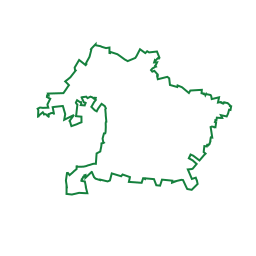 City of Tshwane, Gauteng, South Africa, rotated 198°
{"feature_id": "47623444B80921072750836", "entity_name": "City of Tshwane", "entity_type": "district", "adm_level": 2, "iso_a3": "ZAF", "parent_name": "South Africa", "parent_adm1": "Gauteng", "projection": "mercator", "projection_center": [28.311, -25.594], "detail": "fine", "context": "isolated", "style": "outline", "palette": "green", "viewbox_px": 256, "rotation_deg": 198, "n_neighbors": 0, "source": "geoboundaries", "source_scale": "gbopen_adm2", "svg_char_len": 5247}
<svg xmlns="http://www.w3.org/2000/svg" viewBox="0 0 256 256"><g transform="rotate(198 128 128)"><path d="M37.3,172.7L37.5,176.6L36.1,176.8L36.6,180.5L37.7,180.4L37.7,180.9L41.0,182.5L43.6,182.1L43.9,182.3L44.1,182.2L44.7,182.1L44.8,181.9L44.7,181.7L44.7,181.2L44.7,180.9L44.8,180.8L45.1,180.9L45.2,180.6L47.1,180.8L47.1,181.3L47.7,181.4L50.3,180.0L50.9,185.3L57.3,181.4L58.7,184.0L59.7,184.9L64.1,184.4L64.2,184.5L64.5,183.1L65.0,183.8L66.5,183.6L66.6,184.2L68.8,183.8L69.6,187.1L80.3,182.9L80.9,180.1L89.1,183.4L89.8,183.5L94.0,183.8L93.8,182.2L101.4,181.9L104.2,188.0L106.4,188.8L112.3,185.1L114.7,183.6L115.1,184.3L115.3,184.7L116.3,186.2L116.4,186.5L116.6,187.8L116.2,187.7L116.3,187.9L116.3,188.1L116.6,188.2L120.6,190.5L122.3,189.1L124.0,190.2L123.2,192.1L122.7,192.7L121.9,193.5L121.5,194.2L120.4,195.0L121.4,195.7L121.0,196.5L120.6,199.5L123.4,198.4L123.4,200.8L122.8,200.5L122.1,201.7L121.8,202.5L121.1,203.7L120.1,203.6L119.8,204.5L124.1,209.7L131.3,206.4L133.5,206.9L134.7,204.6L140.9,206.6L142.1,199.2L142.7,196.9L149.0,191.5L149.3,191.6L151.4,192.0L152.1,192.1L157.6,193.9L160.9,194.9L168.0,194.9L168.1,193.7L168.8,193.6L170.5,198.8L173.6,197.2L177.9,197.1L179.5,197.3L184.4,196.7L184.7,197.7L187.4,192.1L187.5,191.6L187.2,191.6L187.1,191.3L186.6,183.8L187.8,177.6L188.0,176.2L187.3,175.9L187.7,174.7L191.7,176.2L195.5,177.6L196.0,175.4L196.1,174.9L197.4,169.0L196.3,166.8L195.5,166.6L198.5,158.4L200.8,154.8L201.3,154.2L202.1,152.9L201.2,152.5L198.7,151.2L197.4,150.5L198.1,148.4L198.9,145.5L200.2,141.2L214.8,136.0L213.5,134.4L215.0,134.0L214.7,132.4L211.0,131.8L211.9,125.6L211.3,124.4L210.1,122.7L215.3,120.8L217.5,120.4L218.1,120.2L219.9,118.4L218.8,117.2L217.1,111.1L216.7,111.4L216.9,111.9L213.9,116.6L213.7,116.4L213.4,116.3L213.0,116.0L212.9,115.9L212.6,115.7L212.3,115.4L212.3,115.2L212.2,115.0L212.1,114.9L211.3,115.5L210.7,115.6L210.4,115.6L209.8,115.5L209.0,115.1L208.4,114.7L208.0,114.6L207.0,114.2L206.9,114.3L207.8,116.7L206.5,117.6L205.9,118.3L203.9,119.2L203.1,118.7L202.9,118.8L204.4,121.5L205.0,122.6L206.1,124.5L204.8,125.2L196.8,128.8L195.5,127.0L194.6,125.6L192.0,121.8L191.2,116.1L183.4,123.7L185.4,117.7L185.8,116.6L185.1,116.2L184.3,115.0L183.1,113.2L182.4,112.3L178.3,115.4L177.8,115.8L176.2,117.3L174.0,119.1L175.7,124.1L175.8,124.4L178.8,123.7L179.2,123.6L181.1,123.2L181.5,125.6L182.1,128.4L182.7,131.3L183.3,134.4L183.4,134.7L184.1,134.9L185.0,135.6L185.4,135.9L185.4,136.2L185.0,138.7L181.4,137.7L180.8,138.1L179.9,136.6L180.0,135.2L177.3,135.8L176.6,136.1L176.2,136.1L176.1,137.6L176.0,138.8L176.5,138.9L178.0,138.8L181.6,142.8L181.4,143.0L180.6,143.4L179.5,143.9L178.2,144.5L177.4,144.9L175.7,143.9L173.4,146.2L171.3,146.1L169.8,145.5L169.6,145.9L169.2,145.9L169.2,146.4L168.0,146.7L168.0,146.4L167.9,145.9L168.0,145.0L167.3,144.7L168.3,142.0L169.2,137.4L169.4,136.8L165.1,134.6L162.9,134.2L162.6,136.3L162.2,137.9L161.5,140.1L160.6,142.8L159.3,142.4L159.2,142.4L156.8,141.6L155.1,139.8L155.4,138.8L155.0,137.9L153.4,134.1L153.1,133.2L151.1,128.6L150.5,127.2L151.3,126.4L151.0,126.5L149.4,122.0L148.1,117.3L148.0,115.9L149.2,115.4L148.9,110.1L147.3,107.1L146.4,106.6L147.2,105.8L148.4,105.3L148.5,105.2L147.9,103.2L147.9,102.9L147.7,102.0L147.2,97.5L147.1,97.3L147.1,97.1L150.0,94.1L147.5,84.0L149.1,83.6L150.3,83.0L152.8,81.2L154.5,80.1L156.1,78.8L157.5,78.0L158.6,77.4L162.0,76.2L162.8,76.0L164.3,75.4L165.3,76.4L164.2,73.1L164.7,72.3L166.1,70.1L166.8,68.7L169.0,65.1L171.3,66.7L172.1,66.3L170.8,58.8L168.0,53.1L168.3,53.1L166.8,48.6L166.1,46.3L160.8,47.4L159.3,48.3L157.6,49.3L154.5,51.2L151.9,51.9L149.2,52.6L146.5,53.4L149.9,58.8L149.8,59.0L152.5,63.8L156.0,63.3L156.1,63.5L155.8,64.2L155.8,64.4L155.8,64.5L156.1,64.6L156.2,64.9L156.2,65.0L156.0,65.3L155.9,65.6L155.8,65.9L155.6,65.9L155.6,66.0L155.6,67.0L155.6,67.3L155.3,67.5L155.2,67.6L155.2,67.8L155.2,68.0L154.9,68.1L154.8,68.3L154.6,68.4L154.6,68.5L154.7,68.8L154.7,69.0L154.9,69.5L153.9,70.2L153.1,67.4L149.0,75.0L148.8,75.0L144.7,70.3L144.8,70.5L144.7,70.6L143.3,69.8L138.5,69.8L138.6,70.3L130.9,70.9L129.0,72.5L129.0,72.9L129.4,79.8L119.6,80.0L118.8,82.1L111.0,81.9L110.9,81.1L110.5,77.0L103.8,78.7L102.8,78.9L102.2,79.1L101.2,79.3L98.1,80.1L98.1,84.9L96.8,85.3L96.8,84.8L95.9,84.7L95.8,85.5L87.5,87.4L83.4,82.3L79.7,83.1L79.7,89.4L69.6,91.6L69.2,89.6L65.4,92.6L65.5,92.6L61.2,95.2L59.6,95.5L54.5,90.0L52.8,88.3L48.3,88.9L44.5,96.3L46.4,99.6L46.8,99.8L48.2,101.7L51.5,99.3L58.3,107.1L54.6,108.7L53.9,109.3L51.6,115.0L56.5,117.2L60.8,118.0L60.5,120.4L60.4,120.4L60.4,121.1L60.3,122.1L57.4,121.8L50.0,119.2L48.0,124.0L47.4,125.5L46.3,127.6L48.6,128.5L49.3,131.9L49.8,134.4L47.4,134.8L47.6,135.9L47.5,136.5L47.3,136.5L47.0,136.5L46.9,136.4L46.6,136.2L46.3,136.2L46.2,136.5L46.3,136.6L46.3,136.9L46.2,136.9L46.1,137.0L45.8,137.3L45.8,137.5L45.7,137.6L45.6,137.8L45.5,138.0L45.7,138.3L45.6,138.7L45.6,138.9L45.5,139.0L45.5,139.4L45.5,139.7L45.5,139.9L45.6,140.1L45.5,140.6L45.5,140.9L45.5,141.0L45.8,141.2L45.8,141.3L46.3,144.2L46.3,144.7L45.4,144.8L44.9,144.9L48.3,151.7L49.7,154.4L48.7,155.3L47.4,155.5L46.8,155.5L46.1,155.3L45.6,155.8L45.1,155.8L45.9,160.4L46.6,160.3L47.2,160.5L47.0,161.3L47.3,162.5L46.3,162.7L46.7,165.3L43.7,166.0L41.5,166.7L43.6,168.9L37.7,169.5L37.3,172.7Z" fill="none" stroke="#15803d" stroke-width="2"/></g></svg>